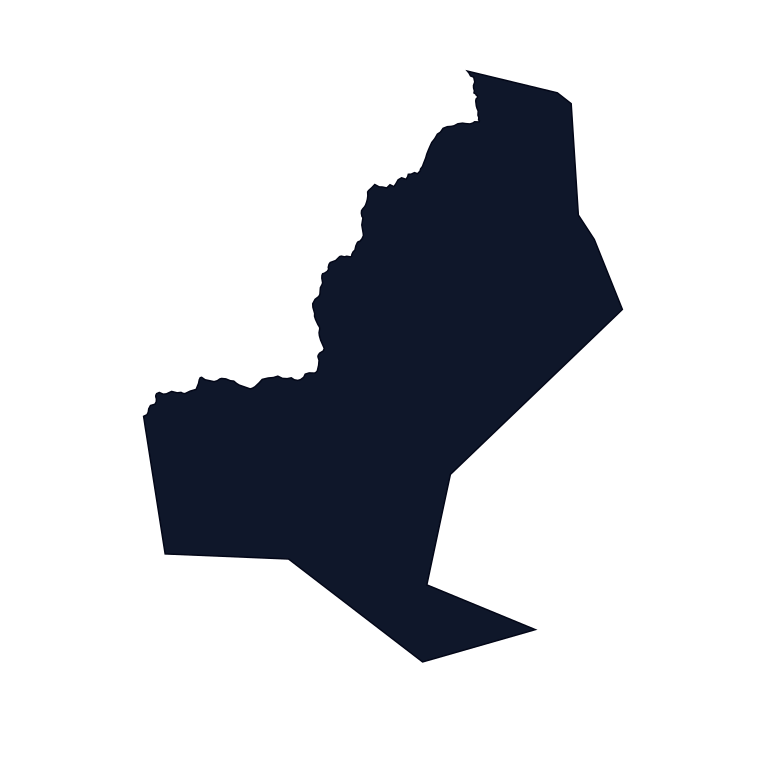 Lufa District, Eastern Highlands, Papua New Guinea (Natural Earth projection), rotated 344°
{"feature_id": "67681753B74545677016959", "entity_name": "Lufa District", "entity_type": "district", "adm_level": 2, "iso_a3": "PNG", "parent_name": "Papua New Guinea", "parent_adm1": "Eastern Highlands", "projection": "natural_earth1", "projection_center": [145.234, -6.443], "detail": "fine", "context": "isolated", "style": "filled", "palette": "ink", "viewbox_px": 768, "rotation_deg": 344, "n_neighbors": 0, "source": "geoboundaries", "source_scale": "gbopen_adm2", "svg_char_len": 2559}
<svg xmlns="http://www.w3.org/2000/svg" viewBox="0 0 768 768"><g transform="rotate(344 384 384)"><path d="M337.6,287.2L336.8,290.7L336.8,297.0L335.9,299.7L336.0,303.1L336.9,308.8L337.7,311.4L337.5,313.1L335.7,316.8L335.2,319.8L335.2,324.5L336.4,333.3L334.7,335.5L330.6,336.6L328.6,338.3L328.0,339.6L328.1,343.2L328.1,343.3L326.3,348.0L323.5,353.0L322.0,354.0L320.3,354.4L315.1,352.7L311.0,352.8L308.7,355.4L305.0,356.8L302.1,356.8L298.9,355.2L296.6,352.5L292.5,352.2L287.9,350.6L284.1,347.2L279.5,347.3L274.3,346.3L268.2,346.0L264.4,348.4L259.2,351.1L256.3,351.8L254.0,351.8L244.5,345.1L242.4,342.8L240.4,339.8L237.2,338.5L233.4,335.5L229.4,333.9L227.6,333.9L224.7,334.9L221.3,334.9L213.2,330.6L210.5,327.3L209.1,327.3L207.6,329.0L205.9,332.3L201.9,337.4L195.8,337.4L190.0,338.4L188.0,337.5L186.6,336.1L182.8,335.5L177.8,332.6L172.1,333.5L168.9,332.9L165.7,330.2L162.8,330.6L161.6,331.9L161.1,333.3L161.1,335.6L160.2,338.3L158.2,340.3L153.6,340.3L151.0,343.0L149.6,346.1L147.7,348.2L144.0,348.8L143.6,352.1L142.6,359.6L141.7,367.2L126.8,487.0L244.0,525.9L344.5,661.8L461.7,661.8L369.8,588.9L399.3,533.4L422.9,489.2L564.6,414.5L633.7,378.0L626.0,303.0L617.4,275.1L641.2,166.1L630.9,151.9L550.4,106.2L551.4,108.4L552.1,111.7L554.8,113.8L554.5,118.7L552.3,121.7L551.7,124.1L551.7,127.1L550.7,129.0L552.2,130.6L552.2,131.6L553.2,132.6L552.8,134.5L551.1,135.4L550.2,137.2L549.7,140.3L549.4,142.2L549.4,144.6L549.8,147.5L548.4,151.5L548.6,154.0L547.7,156.2L548.3,157.3L547.6,158.3L543.4,156.9L541.4,157.6L538.3,157.7L534.3,156.2L531.4,154.9L526.7,154.2L522.5,155.1L519.7,154.9L515.8,154.1L511.3,154.5L507.6,157.5L504.2,158.5L500.5,162.1L496.5,165.0L493.6,168.4L491.2,171.3L488.5,174.8L486.4,178.2L482.8,182.9L480.9,185.5L478.5,187.3L477.3,189.3L474.1,191.1L471.6,189.2L467.9,189.8L465.2,189.1L463.9,191.2L461.6,193.3L457.7,190.6L456.4,191.0L453.9,191.6L450.4,195.0L447.9,197.0L444.7,194.1L440.7,196.3L436.8,194.2L433.7,193.2L430.1,189.7L426.4,191.9L422.5,193.8L421.2,194.9L420.3,198.7L418.9,201.9L417.4,204.4L415.7,206.8L414.3,208.2L411.7,209.9L410.2,211.2L409.3,213.6L409.0,216.9L409.6,218.3L406.5,225.0L405.5,233.7L405.1,235.7L402.8,238.4L400.2,240.1L398.4,240.1L397.3,240.8L395.0,243.5L393.0,247.2L390.7,248.5L388.9,250.5L388.1,252.2L386.9,252.6L383.4,250.9L381.1,250.9L378.2,249.3L376.5,249.3L371.6,252.0L365.8,252.4L364.2,253.7L362.6,256.4L362.4,258.4L360.5,260.1L357.2,261.1L355.4,261.1L354.3,262.5L353.4,265.2L352.9,269.8L352.0,271.2L349.4,273.9L347.1,280.2L345.4,281.9L341.1,283.6L337.6,287.2Z" fill="#0f172a" stroke="#020617" stroke-width="1.5"/></g></svg>